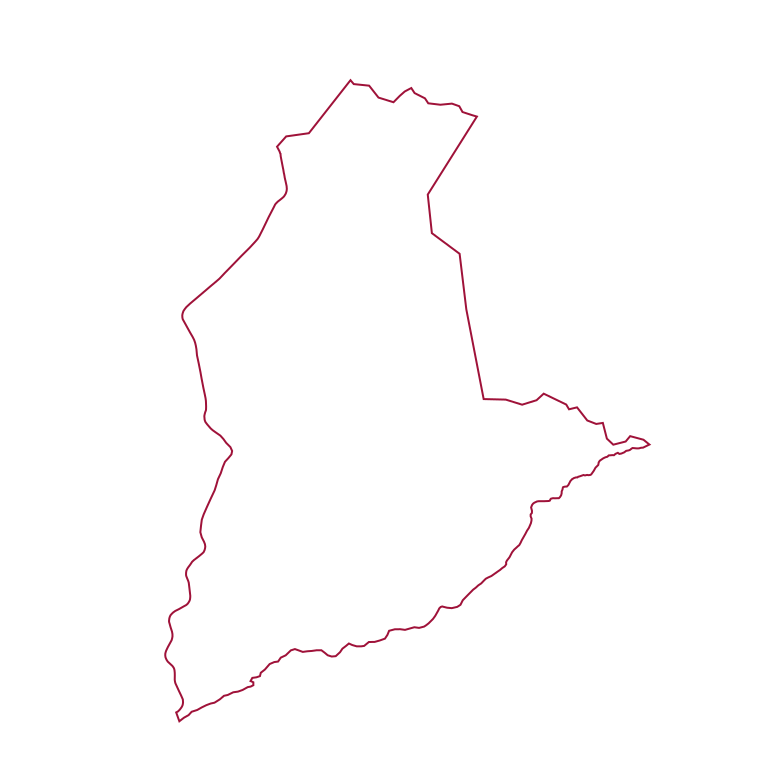 Cardona, Soriano, Uruguay, rotated 82°
{"feature_id": "84410073B72451431142399", "entity_name": "Cardona", "entity_type": "district", "adm_level": 2, "iso_a3": "URY", "parent_name": "Uruguay", "parent_adm1": "Soriano", "projection": "albers", "projection_center": [-57.207, -33.843], "detail": "fine", "context": "isolated", "style": "outline", "palette": "rose", "viewbox_px": 768, "rotation_deg": 82, "n_neighbors": 0, "source": "geoboundaries", "source_scale": "gbopen_adm2", "svg_char_len": 5163}
<svg xmlns="http://www.w3.org/2000/svg" viewBox="0 0 768 768"><g transform="rotate(82 384 384)"><path d="M403.9,561.8L405.9,560.1L408.4,557.5L412.0,553.6L412.4,553.2L416.1,550.7L420.3,548.5L425.1,544.9L429.2,543.7L432.5,544.9L435.7,548.4L438.9,552.3L443.8,555.2L449.7,558.1L455.2,561.7L460.9,564.2L465.7,566.5L473.5,571.6L481.2,576.5L488.0,580.7L493.0,583.3L498.8,584.9L505.2,586.5L510.5,585.8L515.1,584.2L517.7,583.6L520.1,583.6L521.9,584.1L523.7,584.9L525.5,586.1L526.7,587.8L528.8,591.2L531.9,596.7L532.4,597.4L533.3,598.7L536.0,601.1L538.4,603.5L539.7,604.6L541.2,605.6L543.1,606.2L544.8,606.5L545.9,606.6L546.9,606.5L549.4,605.9L551.7,605.3L553.6,605.0L558.8,605.1L566.6,605.3L568.0,605.5L569.6,605.9L570.6,606.2L572.0,607.0L573.1,607.9L574.1,608.8L574.7,609.6L575.4,610.7L576.4,613.4L578.4,618.4L579.7,622.3L580.9,624.6L582.0,626.1L583.3,627.6L584.5,628.4L586.2,629.2L588.9,629.9L590.1,629.9L591.3,629.7L595.2,629.2L599.7,628.4L602.2,628.3L604.6,628.6L606.4,629.2L608.2,630.0L614.5,634.7L617.7,636.8L619.1,637.5L620.6,638.1L622.4,638.4L624.3,638.4L626.6,637.8L628.8,636.8L632.0,634.2L633.7,632.8L635.6,631.8L637.1,631.4L638.4,631.3L640.8,631.4L643.3,631.7L647.8,632.4L649.7,632.4L651.4,632.2L654.7,631.2L659.4,629.8L664.1,628.3L668.4,627.1L671.2,627.3L672.8,627.7L674.3,628.3L676.0,629.5L677.9,631.4L678.7,632.4L679.6,633.6L680.3,635.5L689.5,633.6L686.6,628.5L684.7,623.6L681.8,620.1L680.8,614.3L678.9,609.5L677.3,604.6L676.3,600.1L676.0,596.2L673.4,590.4L670.5,585.9L670.2,582.0L668.3,576.2L668.3,571.4L667.3,566.6L665.2,561.1L665.1,558.2L664.1,555.3L661.2,554.9L659.6,557.5L656.7,555.3L656.7,551.1L656.0,547.5L652.8,546.2L650.2,541.7L645.4,536.2L644.1,531.4L644.1,527.5L640.6,524.3L639.0,519.1L634.8,513.3L634.1,509.1L635.6,506.2L638.0,501.7L638.0,497.2L638.3,492.7L638.3,487.5L639.0,483.0L641.9,480.1L644.8,477.5L646.6,473.7L646.8,469.7L643.5,464.9L640.3,462.0L638.1,458.1L636.1,454.9L638.1,451.7L640.0,447.5L640.6,443.0L640.6,440.1L637.4,434.9L638.1,429.1L637.4,423.9L636.3,418.5L632.9,415.5L629.1,413.3L628.4,407.4L629.1,402.0L630.4,397.4L629.7,392.3L629.1,387.8L630.4,383.2L629.8,378.0L628.7,375.7L627.2,373.1L623.5,368.2L620.7,365.5L616.0,361.9L613.9,360.5L612.7,358.9L612.4,357.3L613.1,355.7L614.3,352.7L615.4,348.1L614.9,342.5L613.3,339.0L609.1,336.1L604.3,329.9L600.1,324.4L598.5,321.5L596.5,318.6L595.0,315.5L592.8,312.7L591.0,310.3L590.1,307.8L589.1,304.4L585.6,297.6L584.3,295.0L582.7,292.5L581.4,289.8L579.6,288.1L577.5,287.9L576.0,286.9L573.0,283.8L568.5,280.6L566.1,278.1L564.5,275.7L563.3,274.0L562.4,272.5L560.2,270.8L558.0,269.4L552.3,265.0L549.2,262.8L546.6,260.5L542.3,257.9L539.9,257.0L537.8,256.6L536.8,256.9L535.4,257.2L533.6,256.9L532.3,255.5L530.2,255.1L526.7,255.5L524.4,254.2L523.2,253.0L522.5,251.7L521.6,248.8L521.6,246.8L521.9,244.8L522.3,242.1L522.6,239.1L522.8,237.0L522.5,235.9L521.4,235.3L520.8,234.6L520.6,232.7L521.0,230.2L521.4,226.7L520.6,225.6L518.9,224.1L517.0,223.3L515.1,223.0L513.3,221.9L511.7,221.4L511.0,220.9L510.8,219.0L511.0,217.2L509.7,215.5L508.0,214.3L505.9,212.8L504.9,211.5L504.2,210.7L504.0,209.8L503.6,209.1L503.2,206.8L503.4,205.4L502.9,204.7L502.7,203.1L501.9,199.1L502.5,197.7L502.3,195.5L502.7,194.5L502.8,192.6L502.4,191.4L499.1,188.3L496.3,186.2L494.0,183.1L492.8,182.7L491.5,182.3L490.0,181.0L488.1,177.2L487.4,175.0L487.1,172.9L486.0,171.4L486.2,168.1L486.5,166.1L485.4,164.5L484.7,162.0L486.0,160.7L485.9,158.6L485.1,155.6L483.9,153.5L483.8,150.8L483.4,149.4L482.4,147.8L482.0,146.7L483.0,142.4L483.2,140.5L482.9,138.2L483.1,136.4L480.9,129.6L475.3,134.8L469.9,147.5L474.6,152.7L476.0,165.4L469.1,170.9L453.0,172.7L453.1,179.4L448.4,187.8L434.0,196.1L434.8,204.3L429.7,206.4L415.8,227.2L421.3,235.2L423.7,250.1L416.4,265.6L412.8,287.4L321.5,292.1L265.6,291.0L241.3,315.6L202.5,314.3L132.1,254.8L130.1,259.2L125.6,268.4L119.4,270.8L115.8,277.7L115.3,289.3L112.2,301.1L106.8,303.7L100.2,313.2L94.7,315.8L97.2,322.7L100.8,328.2L106.3,335.4L99.6,349.6L86.5,357.2L82.8,372.2L78.5,374.9L125.2,423.5L125.2,446.4L134.1,456.9L139.1,455.1L139.5,455.0L139.9,454.9L140.3,454.9L140.7,454.8L141.1,454.7L141.4,454.6L141.7,454.4L142.1,454.5L144.2,454.6L146.3,454.5L156.1,454.0L157.2,453.9L161.4,453.8L161.9,453.7L164.4,453.6L165.7,453.6L168.1,453.4L169.0,453.3L173.1,453.0L174.6,452.9L175.8,453.0L176.6,453.0L177.8,453.2L179.3,453.6L180.6,454.2L181.8,454.8L182.8,455.6L184.0,456.6L184.9,457.6L185.3,458.3L185.8,459.0L186.7,460.5L187.7,462.2L188.3,463.3L188.9,464.2L189.7,465.2L190.3,466.0L191.2,466.9L192.1,467.5L193.7,468.6L202.7,475.0L213.8,482.4L220.7,487.2L222.8,489.0L224.9,491.4L230.3,498.0L237.4,507.5L245.2,517.5L251.9,526.2L256.8,532.3L258.8,535.4L263.3,542.6L270.5,553.9L277.3,564.7L280.3,569.0L282.0,570.8L283.9,572.5L286.1,573.6L287.9,574.2L290.1,574.4L291.8,574.3L293.9,573.5L297.3,572.2L301.5,570.6L306.2,568.8L310.6,567.0L313.8,565.9L316.8,565.3L319.9,565.0L323.5,564.9L329.6,565.2L338.0,564.6L346.8,564.1L352.8,563.9L362.6,563.4L369.6,562.9L373.1,562.7L375.6,562.7L376.9,562.8L381.6,563.3L383.4,563.6L385.0,563.9L386.2,564.5L387.1,565.0L389.0,565.8L390.8,566.4L394.4,566.6L395.7,566.4L397.1,566.0L398.1,565.4L399.4,564.7L403.9,561.8Z" fill="none" stroke="#9f1239" stroke-width="2"/></g></svg>